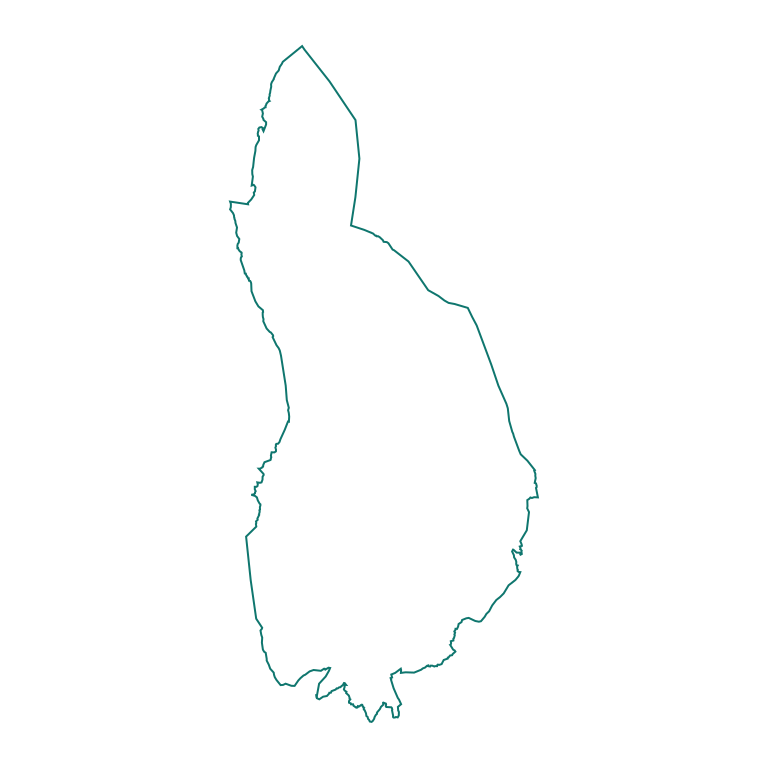 Eidsvoll nor, Akershus, Norway (Mercator projection)
{"feature_id": "86288312B15837471533028", "entity_name": "Eidsvoll nor", "entity_type": "district", "adm_level": 2, "iso_a3": "NOR", "parent_name": "Norway", "parent_adm1": "Akershus", "projection": "mercator", "projection_center": [11.199, 60.416], "detail": "fine", "context": "isolated", "style": "outline", "palette": "teal", "viewbox_px": 768, "rotation_deg": 0, "n_neighbors": 0, "source": "geoboundaries", "source_scale": "gbopen_adm2", "svg_char_len": 6108}
<svg xmlns="http://www.w3.org/2000/svg" viewBox="0 0 768 768"><path d="M246.1,536.6L250.7,580.2L256.2,618.7L262.2,627.8L261.8,628.9L260.5,630.5L261.3,634.9L262.2,637.6L261.9,642.7L262.9,649.6L264.1,651.7L265.7,652.8L266.7,658.9L266.7,660.6L268.8,664.7L270.2,668.7L273.7,672.6L274.0,674.7L274.8,677.2L276.5,680.0L280.6,685.1L283.1,684.9L285.6,683.7L291.4,685.8L294.6,685.9L298.3,680.5L300.4,678.2L303.5,675.5L305.3,674.7L309.6,671.4L313.6,670.0L320.9,670.8L324.1,668.7L324.8,668.8L325.3,669.6L328.5,667.7L330.1,668.0L329.0,670.7L325.7,676.5L319.1,683.7L317.0,695.2L316.2,695.2L316.4,696.7L316.9,696.6L316.9,698.2L319.3,699.3L323.1,696.7L326.9,696.0L329.2,693.5L329.3,692.8L330.9,692.7L331.6,691.1L335.6,689.6L336.6,688.4L337.6,688.5L339.2,687.3L340.4,687.2L341.9,685.7L342.6,685.5L344.0,683.0L344.7,683.1L346.1,684.9L344.9,684.8L344.5,687.4L343.9,689.3L344.6,690.5L346.5,691.8L346.1,693.0L348.8,695.5L349.6,697.8L349.5,698.7L350.3,699.3L349.0,701.1L349.0,702.7L350.8,703.4L351.0,704.3L353.1,704.3L353.5,705.7L356.0,707.5L356.8,707.1L357.0,707.6L357.4,707.5L358.5,706.5L358.4,706.2L359.3,706.4L361.4,704.7L361.2,704.5L362.2,704.8L362.2,705.7L363.2,706.5L363.1,707.0L364.1,707.9L363.7,708.4L363.8,709.5L364.6,710.1L366.0,713.3L366.4,716.0L367.6,716.9L368.1,718.9L369.1,719.9L369.8,721.5L371.6,721.9L372.8,720.9L374.2,718.7L374.5,717.3L375.7,715.1L377.0,713.8L376.9,712.9L377.1,712.4L379.9,709.1L381.0,706.8L383.4,704.6L383.1,703.4L383.1,702.7L383.3,702.6L385.9,703.6L386.1,704.5L385.8,706.1L386.3,707.0L391.3,707.3L391.9,708.0L392.3,709.7L392.0,710.2L393.1,715.6L393.0,716.9L393.5,717.5L395.0,717.5L395.9,717.0L397.7,717.4L398.8,715.5L398.9,712.2L398.7,711.3L398.2,710.7L397.9,706.9L401.1,704.2L399.0,699.6L397.8,697.9L393.6,688.2L391.0,679.7L391.2,679.4L390.6,678.1L392.1,677.5L391.3,674.5L395.2,672.9L400.8,668.7L401.1,669.9L400.9,672.9L405.5,672.3L414.1,672.6L421.2,669.7L422.8,668.4L425.0,667.6L427.0,665.8L428.0,665.5L427.9,666.1L430.1,666.5L430.6,665.7L432.4,665.7L434.3,666.5L435.0,666.1L437.1,666.1L437.4,664.9L437.8,664.6L439.2,664.9L441.6,664.1L443.7,660.0L447.7,658.6L447.8,657.6L448.5,657.5L450.1,655.5L452.1,655.2L452.7,654.0L455.4,651.6L454.7,650.5L453.1,649.6L450.4,645.2L450.6,645.2L451.1,643.1L450.8,641.2L453.4,640.5L453.4,638.6L454.0,638.0L454.8,635.1L454.4,634.4L455.1,632.7L454.3,631.6L454.4,631.2L455.2,630.5L455.5,628.8L457.0,628.9L458.1,626.6L458.6,624.0L461.5,622.1L462.1,620.0L466.3,618.3L468.7,617.9L475.3,621.0L478.9,621.7L481.0,621.2L484.7,616.8L486.4,613.9L489.1,611.3L492.2,605.4L496.4,599.9L500.0,597.1L503.7,593.4L508.6,585.3L515.4,580.0L518.0,576.9L518.8,575.8L520.3,572.1L518.6,571.9L517.6,571.1L517.6,570.0L517.8,569.8L517.3,568.9L517.1,566.5L517.7,565.5L516.6,565.2L516.2,564.0L516.3,561.9L515.7,559.8L514.1,557.4L513.9,555.2L512.1,551.5L513.0,549.6L513.4,549.7L516.6,552.6L519.7,552.7L520.7,553.8L520.3,554.4L520.5,554.7L521.8,554.0L521.4,551.3L521.7,550.8L520.8,549.4L520.2,549.2L520.5,548.0L519.8,546.5L521.9,545.8L521.6,544.3L520.3,541.2L526.8,530.3L529.0,512.1L527.2,508.3L527.5,506.1L527.3,500.1L529.4,498.7L530.4,497.5L531.9,498.0L534.1,497.2L537.9,497.4L536.0,487.9L536.6,487.2L536.7,485.9L536.0,483.4L534.7,482.9L535.7,478.1L535.3,475.9L535.4,473.9L534.2,470.7L534.9,470.2L527.4,460.7L520.7,454.3L519.2,450.8L513.9,436.5L513.1,433.5L512.3,431.9L509.2,421.0L507.8,408.3L506.4,403.8L498.4,385.7L491.2,364.4L476.7,325.5L472.2,317.0L467.8,307.9L454.6,304.0L448.6,302.9L444.4,300.5L438.5,296.0L428.2,290.2L408.5,261.5L394.0,250.2L392.6,249.6L388.4,243.2L386.8,242.1L383.6,241.8L382.9,240.2L379.6,237.1L378.0,236.2L376.9,236.4L376.3,235.7L375.5,235.8L373.0,233.5L364.3,229.9L351.0,225.5L355.4,197.2L359.4,158.7L355.5,120.1L329.5,81.4L304.6,49.8L302.1,46.1L282.8,61.8L281.8,63.9L279.8,66.8L278.7,70.5L276.0,73.5L273.7,78.8L273.8,79.1L271.8,82.2L271.1,84.2L271.2,86.8L270.4,90.5L270.1,92.9L269.6,94.3L269.7,95.7L268.8,98.3L269.1,98.8L269.0,100.1L269.3,100.5L269.0,100.9L269.3,101.1L268.4,101.5L266.5,103.6L266.1,105.0L265.6,105.7L265.6,107.3L264.6,107.5L263.8,108.4L261.5,109.7L262.1,110.0L262.9,113.5L262.2,116.7L263.3,118.7L263.5,119.9L266.1,122.2L266.1,124.5L263.5,131.2L262.5,129.2L262.9,128.0L261.4,127.1L259.4,127.5L258.3,128.9L258.6,130.7L258.1,131.7L257.7,133.8L257.9,134.4L257.9,135.8L259.0,136.4L259.0,140.3L256.3,145.0L255.6,147.0L255.4,150.9L254.1,157.8L253.1,167.0L252.2,170.1L252.3,174.1L252.9,176.6L251.7,185.5L253.5,184.8L254.1,185.2L255.5,187.3L254.9,191.5L253.8,192.5L254.2,195.0L251.2,199.5L247.9,202.9L248.1,204.3L230.1,201.6L230.9,203.9L230.8,207.3L230.1,209.4L233.0,213.1L234.0,215.4L234.1,217.2L234.5,218.1L234.4,218.7L235.3,220.9L235.5,223.0L237.0,227.5L236.2,232.7L237.1,236.0L239.3,239.0L238.7,242.7L237.8,243.8L237.4,245.4L237.4,248.1L238.1,248.0L238.4,249.3L239.8,251.3L241.5,252.5L241.7,253.0L241.4,254.2L241.8,256.4L241.5,256.5L240.8,258.1L240.7,260.0L244.3,270.4L244.8,273.5L245.8,273.6L246.3,275.4L247.1,276.3L247.0,276.7L247.5,277.0L248.1,278.5L248.7,278.4L249.0,280.7L250.2,281.0L250.9,282.3L251.2,283.5L251.5,291.2L255.4,301.4L258.4,306.4L262.9,310.2L263.1,312.1L262.7,312.5L262.7,314.8L262.9,317.1L263.5,319.1L263.3,321.3L266.6,328.5L269.7,331.9L270.9,332.5L273.0,335.2L273.2,336.1L272.6,337.1L276.5,345.2L278.7,348.2L279.8,350.6L281.0,355.7L285.7,385.6L286.8,400.1L288.8,407.8L288.1,410.2L288.8,413.0L289.2,416.6L288.9,421.7L288.0,421.5L284.7,429.9L280.4,439.3L279.5,442.0L278.1,443.7L276.3,443.9L275.8,444.9L276.0,446.1L275.4,447.6L276.0,449.7L275.9,451.4L274.4,452.4L271.6,452.3L270.9,455.7L271.3,457.2L270.8,458.2L270.9,458.8L270.5,460.0L264.5,462.2L263.3,464.8L263.1,466.4L262.6,466.6L262.5,467.3L260.0,468.7L258.8,468.7L263.5,473.9L263.7,474.9L262.6,476.7L262.5,479.7L261.5,482.4L260.0,482.8L257.3,482.4L257.8,484.4L257.4,486.2L256.4,486.8L254.8,486.8L254.8,489.3L255.7,491.2L255.0,492.4L255.0,493.2L254.0,494.3L251.3,494.8L255.0,495.9L256.9,497.4L257.8,500.4L259.6,503.6L260.4,504.3L260.4,505.5L259.9,507.0L260.0,509.7L259.4,510.2L259.7,511.8L259.1,513.9L259.2,514.7L258.9,514.9L259.0,515.3L257.4,518.5L257.7,519.8L256.0,521.4L256.3,523.0L255.9,524.0L256.3,526.6L246.1,536.6Z" fill="none" stroke="#0f766e" stroke-width="2"/></svg>